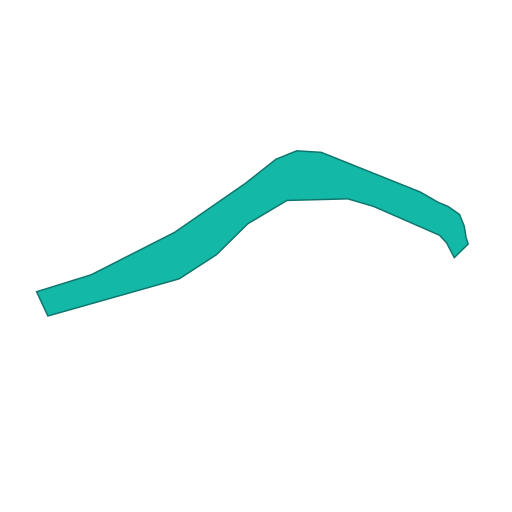 the District of Central Eleuthera, rotated 287°
{"feature_id": "BHS-5028", "entity_name": "Central Eleuthera", "entity_type": "District", "adm_level": 1, "iso_a3": "BHS", "parent_name": "The Bahamas", "parent_adm1": "", "projection": "robinson", "projection_center": [-76.183, 25.14], "detail": "fine", "context": "isolated", "style": "filled", "palette": "teal", "viewbox_px": 512, "rotation_deg": 287, "n_neighbors": 0, "source": "natural_earth", "source_scale": "10m", "svg_char_len": 468}
<svg xmlns="http://www.w3.org/2000/svg" viewBox="0 0 512 512"><g transform="rotate(287 256 256)"><path d="M157.7,56.6L189.8,103.8L254.9,171.3L322.1,224.4L354.5,246.9L368.5,264.2L374.2,288.1L365.2,394.4L360.6,414.5L359.5,425.4L355.2,438.5L345.3,446.5L335.1,451.5L329.5,455.4L312.4,446.1L324.3,434.4L329.5,425.4L337.8,353.8L337.5,327.1L318.2,269.4L284.4,238.7L245.7,217.8L211.8,189.3L137.8,74.5L157.7,56.6Z" fill="#14b8a6" stroke="#0f766e" stroke-width="1.5"/></g></svg>